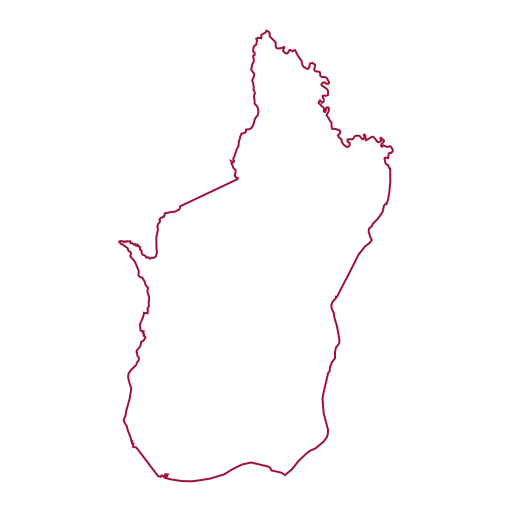 Noen Sa-Nga, Nakhon Ratchasima, Thailand (Robinson projection)
{"feature_id": "78962969B30671617507476", "entity_name": "Noen Sa-Nga", "entity_type": "district", "adm_level": 2, "iso_a3": "THA", "parent_name": "Thailand", "parent_adm1": "Nakhon Ratchasima", "projection": "robinson", "projection_center": [101.989, 15.574], "detail": "fine", "context": "isolated", "style": "outline", "palette": "rose", "viewbox_px": 512, "rotation_deg": 0, "n_neighbors": 0, "source": "geoboundaries", "source_scale": "gbopen_adm2", "svg_char_len": 6011}
<svg xmlns="http://www.w3.org/2000/svg" viewBox="0 0 512 512"><path d="M390.1,168.4L389.3,168.2L388.7,167.3L388.2,165.1L386.7,164.6L385.9,163.9L385.3,162.5L384.5,158.4L384.9,157.8L385.5,157.6L388.2,158.1L388.7,153.6L389.3,153.1L391.4,152.8L392.7,151.2L392.8,149.9L391.1,146.8L390.3,146.3L386.8,146.9L383.5,145.4L382.0,146.7L381.6,146.6L381.1,145.7L381.3,144.4L384.1,141.2L383.6,140.1L382.4,139.4L381.0,137.8L380.6,137.8L380.4,138.5L381.5,139.7L381.3,140.5L380.3,141.5L378.3,142.2L377.0,141.5L375.8,139.6L374.0,137.4L372.9,136.7L371.5,137.0L366.1,140.3L365.5,139.6L365.6,138.4L365.2,136.7L365.4,135.6L364.2,134.5L363.8,135.5L364.6,136.4L364.7,137.2L362.9,139.3L362.0,138.9L359.9,136.3L358.8,135.7L357.7,135.6L356.0,135.8L354.7,136.4L353.4,138.5L352.4,139.3L349.3,139.2L347.7,139.5L347.4,140.1L347.7,141.6L348.2,142.2L349.5,142.7L349.7,143.4L349.7,145.2L348.2,146.9L347.3,147.0L346.2,146.6L344.2,145.2L342.8,143.6L341.9,141.8L341.2,138.9L339.6,138.0L337.9,135.6L338.0,135.1L339.4,134.1L339.9,133.4L340.3,132.0L340.1,131.0L339.1,130.2L335.1,128.8L334.0,128.7L332.3,129.0L331.6,126.9L331.4,122.4L329.9,120.6L328.4,117.8L326.6,115.4L326.8,114.5L328.7,111.3L328.9,109.1L328.6,107.7L327.8,107.2L326.5,107.6L325.4,111.7L325.1,112.0L324.4,111.9L323.9,111.5L323.8,110.7L324.2,108.4L318.8,103.2L318.8,101.9L320.0,100.4L322.1,102.8L323.6,101.7L323.8,99.3L322.8,97.4L322.6,96.4L322.7,95.9L323.8,95.6L325.9,95.8L327.8,95.2L328.1,94.9L328.0,91.2L327.5,89.9L326.3,88.5L321.7,85.4L321.4,84.6L321.5,84.1L322.8,82.6L324.0,82.3L325.0,82.6L326.9,83.9L328.1,83.9L328.9,83.3L329.1,82.3L327.0,78.4L326.0,77.4L324.3,77.0L322.3,77.2L320.6,76.3L320.3,75.3L320.0,72.7L319.6,71.9L315.6,71.3L314.8,70.8L314.2,69.5L315.1,65.7L315.1,65.0L314.7,64.5L312.4,62.9L310.7,63.3L309.8,64.1L309.4,66.7L308.2,68.6L307.8,69.0L307.0,68.8L303.9,67.0L303.0,66.2L302.4,64.9L301.3,60.5L298.1,56.1L295.1,50.2L294.3,50.2L292.4,51.3L290.5,50.0L289.6,50.0L287.6,53.2L286.5,53.6L285.3,53.0L283.1,51.0L283.3,49.7L284.3,47.7L284.2,47.1L279.9,48.4L277.5,48.4L276.3,47.8L275.7,46.3L275.7,42.7L274.0,40.6L269.7,36.4L269.7,33.0L268.7,31.8L266.9,30.7L266.3,30.9L265.7,32.2L265.0,32.9L262.6,34.0L261.4,35.0L261.1,36.1L261.4,37.6L261.2,38.2L257.8,37.8L256.2,38.8L257.1,40.2L257.1,40.9L256.7,41.7L256.2,44.8L254.3,45.8L253.3,48.0L253.4,49.3L253.1,50.2L253.1,51.3L253.5,51.9L254.6,52.5L254.6,55.0L253.4,55.4L253.1,57.4L253.8,58.7L253.9,61.1L252.0,65.0L251.8,67.3L251.4,67.9L251.2,68.5L251.5,70.4L252.1,70.8L253.4,72.9L254.3,73.7L253.9,76.6L252.2,80.3L252.3,81.2L253.1,82.7L253.5,84.9L253.7,87.0L253.5,89.8L254.2,90.3L254.4,91.7L255.0,93.5L254.2,95.0L253.9,96.5L254.0,97.7L254.6,100.0L254.5,103.0L254.8,103.9L256.7,105.9L258.1,108.6L258.4,112.5L257.7,115.3L255.7,117.7L254.7,119.5L253.3,124.8L251.7,127.8L249.6,129.1L246.0,129.6L245.9,131.6L245.6,132.1L243.9,133.2L241.9,133.5L241.3,133.9L241.2,134.8L240.3,136.3L239.8,139.0L239.0,140.7L238.4,146.2L236.6,149.3L235.8,152.3L234.9,154.3L234.7,156.0L233.8,157.3L233.3,159.1L233.4,159.9L234.1,160.8L233.3,162.4L231.1,161.2L231.5,162.2L231.6,164.0L232.8,165.9L233.2,167.6L235.5,170.0L235.6,172.4L234.6,175.1L235.2,175.7L235.5,177.3L237.7,177.8L237.6,179.1L180.1,206.3L179.9,208.2L179.2,209.6L175.4,211.4L174.2,211.8L170.5,212.2L164.8,213.3L164.6,215.2L164.2,215.8L164.1,216.6L163.0,216.7L162.7,217.3L161.0,217.8L159.5,219.2L159.4,219.7L160.1,220.8L159.6,222.4L158.2,223.9L157.3,226.6L157.8,228.1L157.8,230.3L156.3,237.7L156.5,248.9L157.0,252.3L155.8,256.5L153.0,258.0L152.2,257.8L149.6,258.6L148.2,257.3L146.3,257.6L145.9,256.5L144.9,255.6L142.5,254.6L141.5,252.6L141.6,250.8L141.1,250.3L140.4,250.0L139.9,249.2L140.1,247.1L139.3,246.5L137.8,246.2L138.0,245.1L137.3,244.6L136.0,245.5L135.6,244.4L135.2,244.1L134.5,244.1L133.9,244.6L132.1,243.1L130.6,243.3L130.4,243.0L130.5,241.8L130.3,241.3L128.0,241.4L127.2,241.1L126.1,241.9L125.2,241.3L123.7,242.1L122.9,241.3L122.0,241.4L121.5,240.9L119.2,241.6L120.6,243.6L122.8,244.6L127.6,248.2L128.4,250.7L130.8,252.5L131.1,253.5L130.3,256.1L131.6,258.2L133.0,259.3L134.7,261.4L136.1,264.4L138.6,270.6L138.8,272.3L138.4,274.9L138.8,276.0L140.2,277.2L141.7,277.3L142.5,278.0L144.7,281.6L145.7,285.4L147.9,287.6L148.0,288.2L147.5,290.3L147.5,291.9L147.8,293.5L148.8,295.6L149.2,298.0L148.6,303.5L149.0,305.9L147.6,308.4L147.7,313.3L144.0,312.8L143.8,314.6L142.5,318.6L140.2,323.6L140.0,325.3L140.5,330.5L143.5,331.3L143.1,331.7L142.7,332.8L144.0,333.7L144.0,334.4L143.5,335.7L144.9,336.3L145.4,337.6L144.8,338.3L144.5,339.3L143.1,341.0L141.4,341.6L141.1,342.0L141.0,343.6L140.4,345.8L139.8,346.9L137.0,350.3L136.6,351.2L136.5,352.0L137.1,352.5L137.2,353.0L137.1,354.4L137.4,355.6L138.8,357.6L138.8,360.0L136.8,362.9L136.4,364.7L130.7,370.3L128.6,373.6L128.1,376.5L128.8,380.8L131.1,387.9L131.2,389.2L129.7,398.5L126.4,410.3L125.4,416.4L124.6,417.6L123.6,420.1L124.6,422.7L126.7,426.1L127.9,430.6L130.8,438.1L131.3,440.9L132.1,441.0L131.9,443.2L133.3,443.4L133.0,446.8L136.3,447.5L158.1,476.1L160.9,476.8L161.6,475.4L162.1,475.3L164.3,477.1L165.2,474.3L167.8,474.4L167.1,475.9L165.6,478.0L170.6,479.3L181.9,481.1L191.9,481.3L201.8,480.0L210.9,478.4L224.3,474.3L231.3,469.9L237.6,466.6L242.4,464.4L251.1,462.5L268.4,466.6L269.4,467.2L270.4,468.2L271.4,470.4L281.4,472.7L285.0,475.1L291.8,469.4L298.8,460.7L307.5,452.5L310.1,450.7L315.5,448.4L323.6,441.6L326.8,437.3L327.9,433.7L328.0,429.7L323.6,412.8L322.5,398.4L322.8,397.3L322.9,395.5L328.2,372.9L329.3,371.8L329.6,371.1L330.1,366.7L331.2,364.6L331.6,362.6L335.0,358.2L335.0,352.0L336.0,347.4L337.4,345.9L338.9,343.7L339.4,341.5L339.3,339.0L337.3,327.9L336.5,324.5L334.6,318.5L333.6,312.4L332.1,309.7L331.5,307.9L331.3,305.0L332.5,302.1L336.0,297.9L335.9,296.7L336.9,296.8L337.2,296.4L345.5,280.1L347.5,276.6L358.5,254.7L365.0,246.4L368.9,243.5L371.5,240.9L371.6,239.6L369.9,236.3L369.7,234.8L368.7,232.3L368.7,230.3L369.0,228.6L371.9,226.0L372.7,223.9L378.0,218.6L379.6,216.4L382.4,212.1L383.0,210.5L383.9,205.8L385.9,203.6L386.5,203.9L388.0,199.8L389.2,193.3L390.3,181.8L390.1,168.4Z" fill="none" stroke="#9f1239" stroke-width="2"/></svg>